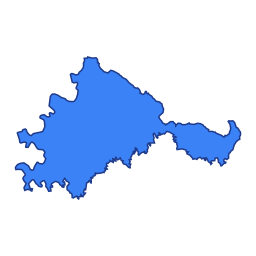 Tsuili-Tsuili, Leribe, Lesotho (Albers equal-area conic projection)
{"feature_id": "5366337B67330505907526", "entity_name": "Tsuili-Tsuili", "entity_type": "district", "adm_level": 2, "iso_a3": "LSO", "parent_name": "Lesotho", "parent_adm1": "Leribe", "projection": "albers", "projection_center": [27.748, -29.04], "detail": "fine", "context": "isolated", "style": "filled", "palette": "blue", "viewbox_px": 256, "rotation_deg": 0, "n_neighbors": 0, "source": "geoboundaries", "source_scale": "gbopen_adm2", "svg_char_len": 5840}
<svg xmlns="http://www.w3.org/2000/svg" viewBox="0 0 256 256"><path d="M73.4,197.9L76.5,196.1L77.3,196.6L77.3,197.7L78.6,199.0L78.9,198.6L78.4,197.0L79.2,196.6L80.6,196.6L81.0,194.7L82.0,196.5L83.1,196.6L83.2,195.3L84.4,194.7L85.4,193.1L83.7,192.9L83.4,192.2L84.5,189.1L85.4,189.9L85.7,189.7L86.6,182.9L88.0,182.4L88.7,180.9L89.4,180.5L90.6,182.8L91.2,182.9L91.3,180.0L90.8,177.6L91.2,177.4L92.6,178.0L93.2,176.0L94.7,175.8L95.6,174.6L94.9,173.7L95.3,173.1L97.3,173.5L101.4,173.0L103.1,172.3L104.0,172.6L104.4,171.4L105.4,170.8L105.0,168.6L106.8,169.3L107.3,169.1L105.9,167.4L106.4,166.3L107.4,166.1L106.4,164.8L106.6,163.3L108.1,163.3L108.9,162.3L109.9,161.8L110.0,160.5L113.2,162.4L113.4,161.5L112.7,160.8L113.1,159.8L112.8,158.7L113.7,158.9L114.7,160.7L115.9,161.1L115.9,160.3L114.5,159.4L115.7,158.6L115.9,157.3L116.3,157.5L116.5,158.6L117.6,159.8L119.0,159.3L120.1,157.9L120.7,158.6L121.3,160.6L123.2,160.9L122.5,162.2L123.3,163.5L123.9,164.1L126.0,164.5L128.5,167.3L130.0,167.9L130.2,167.5L129.9,166.5L130.7,164.1L129.1,163.8L130.2,161.6L129.2,159.7L131.2,159.5L130.6,157.7L131.5,156.4L131.6,155.5L132.6,153.9L134.0,153.9L134.6,153.1L134.6,152.4L133.4,152.7L133.0,152.1L134.1,151.1L134.9,152.1L135.4,151.9L135.6,150.2L135.2,148.1L136.1,148.2L136.9,149.0L136.9,150.5L138.4,151.9L138.1,154.2L138.8,155.2L141.7,152.5L143.2,152.4L144.4,151.3L144.9,151.6L144.9,153.3L146.3,153.3L147.5,151.3L147.1,149.6L147.9,148.7L148.3,147.0L147.3,145.4L147.9,143.7L149.0,143.0L149.4,144.8L150.3,145.8L150.6,145.4L150.4,144.0L150.8,142.9L154.5,143.0L153.5,139.6L154.1,137.8L153.4,135.7L153.3,133.9L154.0,133.2L154.6,133.6L156.6,137.6L157.6,138.1L157.9,137.7L157.5,136.9L157.5,135.7L159.1,135.2L159.0,132.8L159.9,133.2L160.5,134.9L163.3,133.6L164.5,134.0L166.7,131.5L169.3,132.0L174.0,134.8L172.9,136.1L173.1,136.9L173.7,137.2L175.4,136.7L176.0,137.1L174.1,138.0L173.2,139.5L174.4,140.3L175.8,139.9L175.7,140.6L174.1,141.3L174.5,141.9L176.9,142.8L176.8,144.2L177.5,146.4L176.7,148.5L177.1,149.6L182.1,148.9L185.9,150.0L186.3,151.7L188.2,151.9L186.9,153.1L187.0,153.8L190.0,155.3L192.7,158.4L192.9,159.2L195.4,158.7L196.9,159.4L198.3,157.8L200.4,157.3L201.7,158.9L203.9,158.0L204.6,160.0L205.5,160.5L205.8,160.1L205.5,158.2L206.0,157.7L207.2,159.0L208.3,161.6L210.5,163.2L210.9,164.4L211.9,163.4L210.9,161.8L211.4,160.8L214.7,160.7L215.1,158.2L217.4,157.8L218.3,160.2L218.4,162.2L220.2,163.5L220.7,165.7L221.6,165.8L223.9,163.5L225.7,163.0L225.8,162.2L223.8,161.5L223.9,159.6L225.0,158.6L226.8,159.5L228.6,158.1L228.6,155.0L229.1,153.1L230.0,152.8L230.9,151.2L232.8,149.8L234.2,145.0L236.2,141.8L238.7,139.6L239.7,139.4L239.6,136.5L240.3,135.6L240.6,133.7L240.3,131.8L239.0,130.5L238.9,129.6L237.6,128.0L236.2,127.2L234.6,122.5L233.0,120.9L232.0,120.8L231.1,121.1L228.8,120.8L228.2,121.4L230.0,124.4L230.7,128.1L230.4,130.2L229.5,131.8L229.5,133.4L226.3,135.9L225.1,135.4L224.0,137.1L221.5,135.4L215.8,133.0L215.3,132.1L214.2,132.2L212.5,131.4L209.1,131.4L208.5,131.0L208.7,129.6L206.3,128.4L205.4,127.1L204.0,126.4L202.7,124.7L200.1,123.6L197.4,123.3L194.6,124.3L192.8,124.3L189.2,123.8L189.2,123.1L187.9,123.5L187.3,124.1L184.7,124.7L182.0,124.6L180.7,123.5L178.5,123.2L177.7,123.5L175.8,125.8L175.8,124.5L174.4,123.0L173.7,122.8L173.1,121.6L171.9,121.6L170.3,121.7L167.7,123.8L166.6,124.0L166.0,124.9L165.4,124.8L165.0,124.0L162.8,123.1L161.3,120.6L160.4,119.9L158.8,117.1L159.3,115.9L163.0,112.6L163.6,109.0L162.5,106.8L161.8,103.7L160.2,102.9L159.9,102.1L155.8,101.1L154.4,99.1L153.0,98.2L151.6,96.0L149.0,94.5L148.5,93.3L147.1,93.7L146.2,91.5L145.5,91.5L144.5,93.6L143.1,94.4L141.8,94.0L141.1,93.2L140.0,93.1L140.4,92.4L140.0,90.8L138.6,88.7L137.5,87.9L136.3,88.2L134.3,87.4L133.1,85.7L129.0,82.7L126.2,79.3L122.6,77.6L121.2,76.0L119.1,74.7L118.9,74.0L113.5,71.1L110.8,70.3L107.9,72.9L104.1,71.8L100.0,67.8L98.9,65.4L99.2,63.6L98.2,63.3L98.2,62.6L97.5,62.2L97.9,61.5L97.3,60.1L97.5,59.3L96.1,57.8L92.3,58.1L87.7,57.0L87.6,58.0L84.2,58.3L84.6,60.7L83.4,63.3L83.6,65.8L83.2,67.6L81.4,70.4L79.3,72.2L78.3,74.3L75.9,75.0L72.9,73.7L71.3,73.6L70.4,74.5L72.2,82.1L73.9,82.9L76.9,82.3L77.6,83.0L77.4,84.7L76.1,87.9L76.3,88.7L78.1,90.2L77.7,94.1L76.4,98.3L74.5,101.1L73.3,101.6L69.0,101.4L66.3,100.1L65.4,98.8L61.1,97.4L58.1,95.3L54.7,94.0L52.5,94.1L51.4,94.9L50.3,96.8L49.1,105.9L54.4,110.6L54.8,112.1L54.3,113.2L53.2,113.9L50.7,112.8L49.6,112.9L49.3,114.0L50.1,116.1L49.3,116.9L46.9,116.7L44.2,114.7L41.7,115.1L40.4,115.9L39.9,117.0L40.2,118.1L43.2,119.5L44.0,120.3L44.4,121.4L44.9,126.6L42.8,131.3L41.6,131.9L33.4,133.6L31.3,135.6L29.8,135.2L28.4,133.9L27.1,132.2L26.1,129.5L25.2,129.0L22.9,129.7L22.0,131.5L17.9,132.4L17.3,133.0L19.4,139.4L19.9,142.5L21.0,143.0L24.3,142.0L26.3,142.6L26.5,143.4L25.7,146.6L25.9,147.3L28.1,147.3L30.5,143.1L31.5,142.1L32.2,142.1L34.3,143.7L37.3,148.6L38.8,149.4L42.8,149.7L45.0,152.1L43.8,155.1L44.1,156.4L45.7,158.5L45.1,160.6L43.8,163.0L42.4,164.0L38.9,163.4L37.9,162.3L37.0,162.4L34.6,166.3L33.3,170.0L32.0,170.2L30.3,169.4L28.5,165.9L24.0,162.9L20.5,163.3L17.5,164.6L15.8,166.8L15.4,167.9L15.9,169.6L17.9,169.3L21.8,169.6L25.1,174.0L25.2,175.1L23.6,176.9L22.9,178.5L23.7,180.4L26.1,183.6L24.0,187.7L24.7,190.4L28.0,189.2L29.2,189.9L30.3,189.6L31.2,191.0L31.9,191.0L32.4,188.8L30.2,188.5L28.6,183.7L32.3,179.7L33.7,179.9L36.0,183.6L37.8,185.0L38.5,186.2L40.9,186.9L41.9,186.6L42.1,185.3L40.7,183.8L40.4,182.5L43.4,180.6L44.5,180.9L46.0,184.0L45.8,186.5L47.1,188.0L48.7,191.3L51.0,191.0L50.4,187.1L52.2,187.2L52.6,186.9L52.4,185.8L51.1,185.0L51.6,183.8L53.9,182.1L55.8,181.4L58.7,182.5L60.0,184.8L61.5,185.7L62.1,186.9L63.7,187.3L64.0,186.6L63.0,185.8L62.9,185.1L64.8,185.0L65.0,184.2L64.4,182.0L63.5,182.3L62.8,181.3L64.6,178.4L65.4,179.1L66.0,180.7L68.7,182.3L69.3,183.7L67.0,186.4L67.1,189.7L69.6,191.6L69.8,192.8L71.1,193.4L72.0,194.4L72.2,197.6L73.4,197.9Z" fill="#3b82f6" stroke="#1e3a8a" stroke-width="1.5"/></svg>